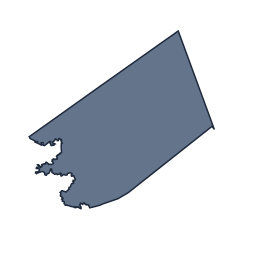 Santa María Chimalapa, Oaxaca, Mexico, rotated 321°
{"feature_id": "50627088B45709374040898", "entity_name": "Santa María Chimalapa", "entity_type": "district", "adm_level": 2, "iso_a3": "MEX", "parent_name": "Mexico", "parent_adm1": "Oaxaca", "projection": "natural_earth1", "projection_center": [-94.773, 16.942], "detail": "fine", "context": "isolated", "style": "filled", "palette": "slate", "viewbox_px": 256, "rotation_deg": 321, "n_neighbors": 0, "source": "geoboundaries", "source_scale": "gbopen_adm2", "svg_char_len": 5370}
<svg xmlns="http://www.w3.org/2000/svg" viewBox="0 0 256 256"><g transform="rotate(321 128 128)"><path d="M228.1,84.2L132.9,78.0L45.7,72.6L45.5,74.2L45.3,74.6L45.6,75.2L47.7,79.8L46.9,80.2L47.2,81.0L47.7,80.8L48.2,80.8L48.1,80.7L48.4,81.2L48.2,81.1L48.3,81.7L47.6,81.8L49.3,85.3L49.8,86.7L50.9,87.1L50.2,86.6L50.5,85.9L51.2,84.9L52.2,85.3L52.4,85.9L52.6,86.0L52.1,86.8L51.1,87.5L51.6,88.6L52.1,89.2L58.8,89.2L59.2,89.8L58.5,89.8L58.4,89.9L58.4,90.3L57.9,90.4L57.9,90.9L57.9,91.7L57.3,92.5L57.3,93.0L57.5,93.6L57.9,93.7L58.2,93.7L58.5,94.1L59.6,94.7L59.7,94.3L59.7,94.1L59.9,93.8L60.1,94.1L60.4,94.3L61.0,94.4L61.3,94.5L61.2,94.1L60.3,92.6L60.1,91.9L60.2,91.7L60.6,91.7L61.2,91.4L62.1,91.5L62.5,91.6L62.8,91.6L63.7,91.3L64.4,90.8L64.7,90.9L64.8,91.6L65.3,92.1L65.6,93.0L65.6,93.3L65.3,93.4L65.4,93.5L65.9,94.0L66.0,94.0L66.5,93.6L67.4,92.7L67.7,92.7L68.0,92.8L68.1,93.1L68.0,93.4L68.3,93.8L68.4,94.2L68.3,94.6L68.7,94.5L68.9,94.9L68.1,95.3L68.0,95.7L68.3,96.1L67.8,96.4L67.7,96.6L67.5,97.2L67.4,98.1L67.3,98.4L66.8,98.3L66.5,98.0L64.8,99.8L62.8,102.5L61.2,104.9L60.8,105.2L60.4,105.0L59.8,105.1L59.3,105.5L59.1,105.5L58.8,105.3L58.9,104.8L58.6,104.8L58.3,104.9L57.6,104.9L57.3,105.1L57.0,104.8L56.5,104.7L56.5,105.1L56.4,105.2L55.9,105.3L55.8,105.2L55.8,104.9L55.7,104.8L54.6,104.9L54.5,105.1L54.5,105.4L54.5,106.0L54.3,106.1L54.0,106.5L53.8,107.5L53.6,107.7L53.4,107.6L53.3,107.3L53.1,107.1L52.5,107.0L52.3,106.7L51.9,106.5L51.4,106.6L50.9,105.3L50.8,105.2L50.3,105.3L49.6,104.9L49.4,104.9L49.2,105.8L48.9,106.2L48.8,105.9L48.5,105.7L48.0,105.9L48.0,106.0L48.1,107.4L48.1,108.2L47.9,108.3L47.8,108.5L47.3,108.5L46.6,108.5L46.2,108.4L45.5,108.0L44.9,107.4L44.4,107.1L43.8,106.3L43.3,106.2L43.3,105.9L43.6,105.6L43.6,105.4L43.4,105.1L43.4,104.6L43.2,103.4L42.8,103.0L42.4,103.0L42.2,103.4L41.9,103.7L41.5,104.0L41.1,104.0L40.9,103.9L40.7,103.3L40.4,103.1L40.0,103.0L39.6,102.7L39.3,102.8L38.8,102.6L38.3,102.2L37.9,102.2L37.7,102.3L37.7,103.4L37.6,103.6L35.9,103.5L35.5,103.8L35.0,103.6L34.9,103.4L35.1,103.2L35.5,103.4L35.8,103.2L35.7,102.7L35.3,101.9L35.5,101.2L35.5,100.9L35.2,100.1L34.7,99.7L34.4,99.6L34.4,99.9L34.8,100.7L34.9,101.1L34.6,101.5L34.3,101.8L34.1,101.9L33.5,101.8L32.4,101.1L31.6,101.3L31.4,101.4L31.3,101.7L31.6,102.2L32.3,102.7L32.6,103.1L32.9,103.3L33.3,103.8L33.3,104.2L32.6,104.9L32.4,105.1L32.1,105.3L31.5,105.3L30.8,105.4L30.1,105.3L29.4,104.6L28.6,104.4L28.5,104.2L28.3,104.3L27.9,104.7L28.0,105.1L28.2,104.7L28.8,105.8L29.2,106.0L30.1,106.4L31.5,106.7L31.8,107.0L33.0,107.3L34.0,108.0L34.3,108.1L34.6,108.6L34.8,109.7L35.1,110.4L35.0,110.6L34.4,111.1L34.3,111.9L34.1,112.0L34.1,112.3L34.4,113.0L34.7,113.2L35.2,113.3L35.4,113.2L35.7,112.8L36.5,112.7L37.7,113.4L38.1,113.4L39.2,112.9L39.8,112.5L40.6,112.4L41.6,111.5L41.9,111.4L42.0,111.2L42.3,111.3L42.6,111.7L42.7,112.0L42.5,112.6L42.2,112.7L42.0,113.1L41.6,113.7L41.4,114.2L41.0,114.5L40.9,114.8L41.0,115.2L41.8,116.6L41.7,117.4L41.8,117.8L42.8,118.3L43.5,118.5L43.8,118.8L43.7,119.4L43.7,119.7L44.0,119.9L44.4,119.9L45.2,120.4L45.4,120.6L46.1,120.8L46.8,120.4L47.1,120.4L47.3,120.7L47.3,121.0L47.1,121.6L46.6,121.9L46.0,122.6L45.8,123.1L46.0,123.4L47.0,123.6L47.8,123.6L48.1,123.4L48.5,123.5L49.2,124.0L49.4,124.8L49.7,125.2L50.3,125.7L51.0,126.1L51.3,126.1L51.8,125.6L52.4,125.3L53.4,125.8L54.8,126.3L55.0,126.4L55.0,126.7L55.4,127.3L55.5,127.8L55.7,128.0L55.7,128.3L55.4,128.7L54.6,128.7L54.3,128.8L53.8,129.9L54.0,130.2L54.7,130.4L55.8,131.0L55.8,131.3L55.2,132.6L55.0,133.7L55.0,134.5L54.6,134.9L53.8,134.9L53.3,135.0L53.1,134.9L52.6,134.2L52.4,134.1L52.2,134.3L52.1,135.2L51.3,135.1L51.4,135.5L51.5,135.6L51.6,135.8L51.2,136.4L51.0,136.6L50.2,136.4L49.4,135.9L49.0,135.8L48.2,136.2L46.4,137.4L45.3,137.4L44.8,137.1L44.7,137.4L44.4,137.4L44.0,137.6L43.6,138.5L42.6,138.5L41.5,138.4L40.0,138.9L39.4,138.6L39.2,137.9L38.8,137.6L38.6,137.3L38.5,136.9L38.1,136.6L37.8,135.9L37.4,135.5L37.3,135.2L37.0,135.1L36.5,135.1L35.8,135.5L35.5,135.5L35.1,135.3L34.7,135.3L34.7,136.3L34.3,136.8L34.2,137.2L34.1,137.3L33.9,137.2L33.6,137.4L33.3,137.7L33.1,137.8L32.7,138.3L32.7,138.6L33.3,139.2L33.4,139.5L33.0,140.3L32.8,140.9L32.7,141.0L33.2,141.4L33.2,141.9L33.0,142.0L32.4,141.4L32.0,141.5L31.8,141.6L32.2,141.9L32.1,142.2L31.6,142.7L31.4,143.0L30.9,143.4L30.9,143.7L31.2,144.0L31.4,144.0L31.4,143.9L31.6,144.0L31.9,145.2L31.8,145.6L31.5,145.9L31.0,146.1L30.8,146.5L30.7,146.7L30.9,147.1L31.0,147.6L30.6,148.6L31.4,149.0L31.8,149.0L32.0,149.2L32.1,149.4L32.0,149.8L32.1,150.0L33.7,151.7L33.8,152.4L34.2,153.1L34.9,153.6L35.3,154.0L35.6,154.7L36.3,155.5L36.6,156.4L37.2,156.0L37.4,156.7L37.4,156.9L37.5,157.1L37.8,157.1L38.2,156.8L38.6,157.6L38.8,157.6L39.2,158.1L39.7,158.0L39.8,158.0L39.9,158.3L39.8,158.6L39.9,159.0L39.8,159.6L40.3,160.1L40.3,160.5L40.5,160.9L40.7,161.1L41.0,160.8L41.3,160.6L41.6,160.1L41.9,159.3L41.9,157.6L42.2,157.6L42.4,157.2L43.3,157.2L43.6,156.6L43.9,156.7L43.8,157.0L44.1,157.0L44.3,157.3L44.4,157.8L44.4,158.1L44.5,158.2L44.8,158.1L44.9,158.3L44.9,158.6L45.2,158.4L45.3,158.3L45.5,158.5L45.7,158.8L45.9,158.8L46.0,158.8L46.2,158.7L46.4,158.6L46.5,158.9L46.8,158.9L46.8,159.4L46.9,159.8L46.8,160.1L47.1,160.2L47.0,160.9L47.1,161.4L47.7,161.3L47.9,161.9L48.3,162.4L48.5,162.5L48.7,163.2L48.8,163.2L48.5,163.9L48.1,166.0L53.4,168.5L58.2,170.6L60.0,170.9L75.6,176.6L87.5,178.4L194.4,179.6L194.2,183.4L228.1,84.2Z" fill="#64748b" stroke="#1e293b" stroke-width="1.5"/></g></svg>